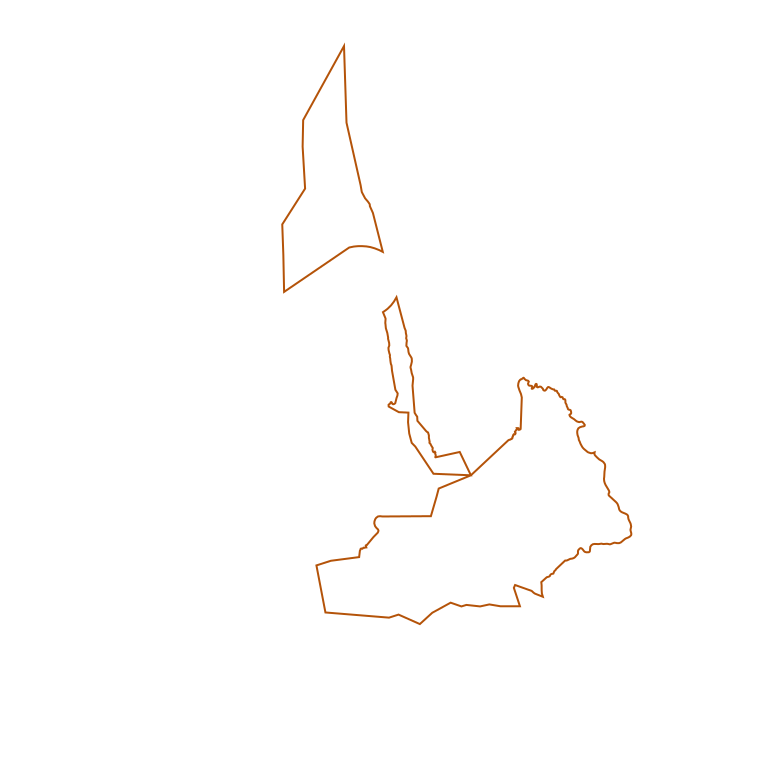 outline of Grímsnes- og Grafningshreppur, Suðurland, Iceland, rotated 318°
{"feature_id": "244011B74100778143587", "entity_name": "Grímsnes- og Grafningshreppur", "entity_type": "district", "adm_level": 2, "iso_a3": "ISL", "parent_name": "Iceland", "parent_adm1": "Suðurland", "projection": "albers", "projection_center": [-20.782, 64.303], "detail": "fine", "context": "isolated", "style": "outline", "palette": "amber", "viewbox_px": 768, "rotation_deg": 318, "n_neighbors": 0, "source": "geoboundaries", "source_scale": "gbopen_adm2", "svg_char_len": 6156}
<svg xmlns="http://www.w3.org/2000/svg" viewBox="0 0 768 768"><g transform="rotate(318 384 384)"><path d="M187.6,514.6L231.4,561.0L240.5,565.1L250.0,586.4L266.8,586.3L287.2,591.1L292.7,601.1L297.4,603.3L306.6,613.6L314.8,618.3L321.9,627.2L336.3,640.1L344.1,622.4L346.9,621.1L355.3,636.6L355.5,639.0L355.8,640.5L356.5,642.0L359.7,648.4L361.1,645.4L363.2,642.7L366.5,639.0L368.3,636.5L375.6,636.5L377.7,637.5L378.6,637.7L379.7,637.2L380.5,637.1L381.4,637.3L383.0,638.2L385.2,637.1L387.2,637.0L388.1,636.7L400.5,636.4L401.2,637.1L402.1,637.6L405.5,638.6L406.9,639.6L408.5,640.3L410.0,640.5L414.3,640.0L414.8,639.7L416.3,638.0L417.1,637.5L418.7,637.3L419.5,637.3L420.2,637.5L420.6,637.9L420.9,638.7L421.0,639.7L420.8,642.0L420.9,643.0L421.3,643.8L422.0,644.7L423.7,646.1L424.7,646.2L425.1,646.0L428.4,643.0L430.2,642.6L431.9,642.8L432.6,643.2L433.5,643.8L436.4,646.6L438.7,648.1L439.9,649.7L442.6,651.8L443.2,652.4L444.5,654.2L445.1,654.6L448.9,656.0L450.0,657.2L450.6,658.1L452.1,659.5L453.9,660.2L459.2,660.4L460.4,660.6L462.8,661.5L464.7,661.9L466.5,661.7L467.3,661.1L468.0,660.2L469.1,658.0L469.7,657.2L472.3,655.3L473.5,653.4L473.9,652.6L474.9,649.1L475.3,648.0L476.2,646.5L476.9,645.7L477.2,644.9L477.3,644.0L477.1,643.1L476.6,641.8L475.1,638.7L474.7,637.4L474.6,636.5L474.6,636.4L474.6,636.0L474.7,635.2L475.1,634.1L476.0,632.6L477.0,630.2L477.3,629.2L477.4,628.3L477.4,627.0L476.5,617.7L476.6,616.9L477.3,616.0L477.9,615.6L478.6,615.5L479.2,615.0L479.6,614.3L480.0,613.0L481.1,607.4L481.7,605.5L482.5,603.8L483.1,602.9L484.1,601.6L485.4,600.5L489.2,596.7L492.8,593.7L494.2,592.0L494.6,591.0L494.7,590.0L494.8,588.9L494.6,587.6L493.5,584.1L493.2,581.2L493.1,578.5L493.2,577.6L493.6,576.7L494.8,575.7L493.1,575.1L491.5,574.0L490.1,571.6L489.8,570.8L489.1,565.8L489.1,564.2L489.3,562.9L490.1,559.7L490.8,558.0L491.4,555.9L492.5,554.3L493.7,551.4L494.9,549.6L496.0,548.4L497.0,547.7L498.7,547.0L500.6,547.2L503.0,548.3L504.0,549.0L505.0,549.3L505.8,548.8L506.0,547.5L506.1,545.2L505.8,544.5L505.4,544.0L503.5,542.9L502.4,541.1L502.0,539.5L501.7,537.3L500.7,533.9L500.6,532.5L500.9,531.5L501.2,531.0L501.7,531.0L502.8,531.2L503.6,530.9L504.4,529.9L505.1,528.5L504.9,527.7L504.0,526.4L504.0,525.5L504.5,524.7L505.0,522.8L505.8,521.5L506.3,519.3L507.7,517.7L508.1,517.1L508.2,516.5L508.1,516.1L507.4,515.6L507.2,515.3L507.2,515.1L507.4,514.3L507.8,513.4L507.7,513.1L507.4,512.5L506.5,512.1L506.4,511.9L506.3,511.4L506.7,509.5L507.2,508.5L507.2,508.2L507.2,507.1L507.3,506.0L507.7,505.2L507.8,504.8L507.5,504.3L506.6,503.5L506.6,502.7L506.8,502.1L506.8,501.9L506.3,501.5L505.6,500.2L505.2,499.3L504.6,497.0L504.3,496.5L504.0,496.1L502.8,496.1L500.8,496.7L500.2,496.7L499.1,496.6L498.6,496.0L498.5,495.6L498.4,494.9L498.9,493.8L498.8,491.2L498.6,490.8L498.1,490.2L496.3,489.5L495.9,489.2L495.7,488.7L495.7,488.4L495.9,488.1L496.5,487.5L497.3,486.3L497.3,486.0L497.1,485.7L496.6,485.6L496.2,485.7L494.0,486.9L493.2,487.0L491.4,487.0L490.8,486.6L490.7,486.4L490.9,486.1L491.3,485.8L492.1,485.7L492.4,485.5L492.6,485.0L492.5,484.4L492.0,483.6L491.0,482.6L490.8,482.3L490.7,481.8L490.8,480.9L491.3,480.1L493.2,479.1L493.3,478.1L492.6,476.9L492.1,476.2L492.0,475.8L492.0,475.0L491.8,474.5L491.8,473.9L492.0,473.0L491.8,472.7L491.4,472.6L489.4,472.5L488.9,472.1L487.9,472.0L486.2,472.3L484.3,473.4L482.5,475.0L481.8,476.2L480.4,479.4L479.1,483.1L477.4,486.2L455.9,508.4L455.3,508.9L454.8,508.9L454.1,508.5L453.6,508.4L453.6,507.9L453.8,507.8L454.2,507.1L454.0,506.9L453.6,506.9L453.7,506.3L453.8,506.2L453.1,505.6L453.0,505.8L452.9,506.5L452.6,506.7L452.2,506.8L451.3,506.6L450.8,506.9L449.4,507.0L449.1,507.4L449.0,508.5L448.5,508.6L448.1,509.0L447.3,509.0L446.8,508.2L445.8,508.4L444.9,509.0L444.6,509.1L444.6,509.3L444.2,509.5L443.9,509.5L443.5,509.7L443.2,510.1L442.7,510.0L442.1,510.3L441.5,509.9L441.0,509.9L440.8,509.8L440.1,509.6L439.8,509.3L438.8,509.0L387.5,510.0L354.7,498.3L347.7,502.9L330.4,513.6L294.3,481.5L292.6,479.6L290.9,478.4L288.7,478.2L287.0,478.6L285.0,479.7L283.5,481.1L282.3,483.6L282.1,485.2L282.1,486.6L282.2,487.4L282.2,488.2L281.8,489.2L281.0,489.8L279.9,490.3L273.7,490.7L263.5,492.2L263.2,491.9L262.4,491.8L261.8,492.6L261.8,493.0L261.5,493.6L260.7,493.0L259.8,492.6L259.2,491.9L257.8,492.0L257.5,491.8L257.0,491.0L256.3,490.9L255.1,491.6L254.5,491.8L249.7,496.0L226.2,479.8L212.4,473.6L187.6,514.6ZM371.4,248.7L449.5,259.3L453.6,261.7L456.7,264.0L459.7,266.6L463.0,270.0L465.4,273.0L467.9,277.0L470.0,281.2L471.5,285.0L490.2,249.5L492.5,242.4L493.3,241.4L493.7,240.7L493.8,240.1L494.1,237.6L494.2,233.4L495.6,227.8L496.0,226.4L499.6,220.7L531.0,164.7L580.4,106.1L500.5,133.8L482.4,153.1L456.1,186.0L415.2,197.3L395.5,220.8L371.4,248.7ZM387.5,510.0L394.8,485.2L373.3,473.0L373.2,472.9L373.2,472.7L374.8,471.6L375.4,470.0L376.3,469.4L376.5,468.5L376.5,468.3L375.7,468.2L375.3,468.0L375.2,467.7L375.2,467.3L375.3,466.7L376.1,465.2L377.4,464.2L377.9,461.4L378.4,459.7L378.5,459.2L378.3,458.7L378.4,458.2L378.6,457.9L379.6,457.1L379.7,456.7L380.8,455.0L381.2,454.2L383.0,452.2L383.6,450.9L384.2,449.7L384.3,449.5L384.0,448.8L383.8,447.1L384.2,433.7L386.8,430.5L387.0,428.6L387.5,425.9L404.1,404.3L408.8,400.0L409.8,398.9L410.1,398.5L411.9,394.4L413.7,391.5L414.6,389.7L415.2,389.0L417.0,387.9L419.7,386.0L421.5,383.9L422.0,382.8L422.8,378.3L423.7,376.5L425.5,374.0L425.8,373.4L425.9,373.0L426.1,370.9L426.2,370.6L428.4,368.4L429.9,367.2L430.6,366.0L431.1,364.8L432.7,363.5L433.2,362.8L434.3,360.8L435.8,358.9L436.8,356.1L451.3,327.9L446.6,329.4L441.8,330.3L436.8,330.5L434.3,330.3L431.3,329.9L429.0,336.3L428.7,336.7L425.7,339.6L425.3,340.3L422.7,343.8L420.6,348.3L418.1,352.3L417.3,353.1L415.3,356.9L413.7,358.9L411.5,360.1L410.1,361.9L408.4,365.0L408.0,366.1L407.5,366.8L406.6,367.6L405.5,369.5L404.6,370.6L403.3,372.5L402.5,373.8L402.1,375.0L401.6,375.8L398.9,379.4L388.6,395.9L387.9,400.1L386.2,401.6L384.1,402.7L379.5,405.8L378.3,405.7L377.3,405.2L377.1,404.9L377.0,404.4L377.4,402.8L377.3,402.4L377.2,402.2L376.6,402.1L375.6,402.7L374.7,402.5L373.5,402.5L372.5,403.7L372.4,403.9L376.2,414.9L383.0,421.6L376.3,428.5L369.6,437.7L365.2,446.3L365.4,451.4L360.7,483.8L387.5,510.0Z" fill="none" stroke="#b45309" stroke-width="2"/></g></svg>